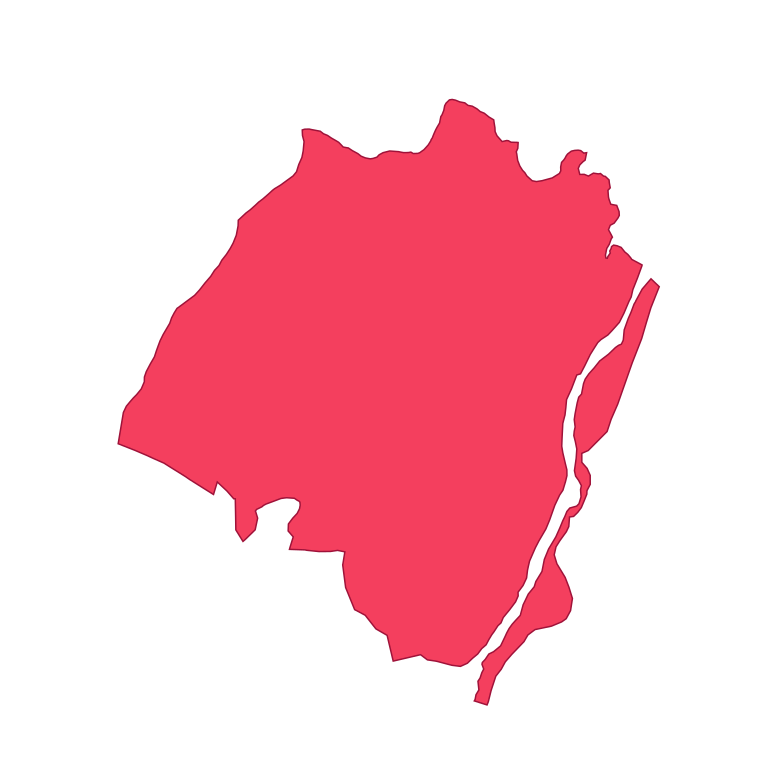 Al Fashn, Bani Suwayf, Egypt, rotated 12°
{"feature_id": "37247803B34846492708063", "entity_name": "Al Fashn", "entity_type": "district", "adm_level": 2, "iso_a3": "EGY", "parent_name": "Egypt", "parent_adm1": "Bani Suwayf", "projection": "natural_earth1", "projection_center": [30.866, 28.805], "detail": "fine", "context": "isolated", "style": "filled", "palette": "rose", "viewbox_px": 768, "rotation_deg": 12, "n_neighbors": 0, "source": "geoboundaries", "source_scale": "gbopen_adm2", "svg_char_len": 5751}
<svg xmlns="http://www.w3.org/2000/svg" viewBox="0 0 768 768"><g transform="rotate(12 384 384)"><path d="M465.0,119.9L463.8,120.0L462.3,120.3L457.9,121.1L455.2,120.2L453.5,120.3L449.1,122.3L442.9,117.7L440.2,114.0L439.2,110.2L437.4,105.6L436.4,102.8L431.1,101.0L425.8,98.3L421.4,97.5L417.9,95.6L412.6,93.9L408.2,94.0L404.6,92.2L399.4,92.3L395.0,91.5L391.5,91.5L388.9,92.5L386.3,96.4L385.5,99.2L385.6,103.9L384.8,108.6L384.0,110.6L384.1,117.1L383.4,119.2L382.5,121.9L381.7,124.7L380.9,128.5L380.5,130.6L380.1,133.3L379.3,135.2L379.3,136.1L377.6,140.9L376.0,143.7L374.3,146.6L372.5,148.5L370.8,150.4L369.1,151.4L364.7,152.5L362.1,151.6L359.5,152.6L355.1,153.6L352.5,153.7L349.9,153.7L341.1,154.9L335.0,157.9L332.3,160.2L331.6,160.8L329.9,163.6L326.4,165.6L323.8,166.6L320.3,166.7L318.6,166.7L314.2,165.9L310.6,164.1L304.5,162.3L300.0,160.5L299.0,160.6L294.8,160.7L292.1,158.8L289.4,157.0L286.8,156.1L281.5,154.4L277.1,152.6L272.7,151.8L269.1,150.0L264.7,150.1L260.3,150.2L257.7,150.2L253.3,151.3L251.2,152.5L252.6,157.9L255.4,163.5L256.5,172.9L256.6,179.5L255.0,187.0L254.3,194.6L251.8,199.4L247.5,204.2L241.5,210.9L236.4,215.7L234.7,217.7L231.3,222.5L227.0,228.2L223.6,232.1L221.0,235.9L216.8,241.6L213.4,245.5L207.4,254.1L208.4,259.7L208.6,269.2L207.1,277.7L205.4,283.4L202.9,290.0L199.6,296.7L198.0,302.4L194.6,308.1L192.1,314.8L187.9,322.4L184.0,330.4L180.3,336.7L173.5,344.4L170.1,348.3L165.8,353.1L164.1,357.8L162.5,363.5L161.8,369.2L157.7,381.5L156.0,388.2L155.3,392.9L154.5,398.6L153.8,405.2L151.3,412.8L148.9,421.3L148.2,427.0L149.1,431.7L147.6,439.3L144.2,445.9L141.7,449.8L139.1,454.5L136.6,459.3L135.0,466.0L136.4,497.7L154.3,500.7L166.5,503.1L174.1,504.8L185.5,507.2L187.2,507.9L209.2,515.9L213.7,517.8L228.1,523.1L239.3,527.2L240.2,527.5L241.3,514.5L252.6,521.3L260.9,527.5L262.4,527.2L266.5,544.8L269.4,557.5L277.9,566.4L278.8,567.3L280.5,565.1L288.3,553.4L288.3,541.5L285.1,535.7L284.6,535.0L285.5,533.1L290.1,529.5L291.4,527.8L293.5,526.0L300.3,521.7L307.0,517.4L310.3,516.2L312.4,515.5L320.1,514.4L323.6,515.9L324.7,516.0L326.3,517.0L327.2,519.9L327.3,523.6L326.0,528.6L322.6,534.3L320.1,539.7L319.6,540.8L320.8,547.7L325.8,551.5L327.0,552.4L326.0,563.5L325.9,565.4L327.0,565.2L341.1,562.7L343.1,562.7L355.3,561.4L366.5,558.9L368.9,558.0L373.2,556.4L374.2,556.4L380.6,556.3L381.2,568.3L381.2,569.5L388.8,591.1L389.5,592.1L402.2,610.8L413.7,614.1L427.0,625.2L438.4,628.9L439.3,629.2L450.6,653.1L451.3,652.8L474.9,641.7L476.1,641.2L483.8,644.8L492.0,644.3L494.1,644.3L504.0,644.8L508.7,645.0L509.2,645.0L517.5,644.3L523.6,639.8L527.7,633.8L531.8,628.6L534.6,622.5L538.1,617.9L539.7,612.2L541.6,606.7L543.0,603.7L545.7,596.7L548.1,593.4L549.2,587.6L553.9,578.5L558.0,569.7L559.3,563.4L558.4,559.8L561.9,552.2L563.8,544.1L563.1,536.3L563.1,532.2L563.2,526.9L566.1,512.7L568.2,505.1L570.1,499.4L572.5,492.1L574.3,482.4L576.3,467.1L578.9,456.1L581.1,450.7L581.7,443.2L581.8,442.5L582.0,435.6L580.7,429.9L577.8,423.9L573.2,414.1L570.8,407.9L569.3,399.2L567.1,385.4L567.4,377.9L567.5,376.9L566.8,369.4L565.8,361.3L567.9,352.0L568.4,349.8L568.6,348.5L570.7,335.1L574.1,333.2L576.5,324.7L579.6,312.3L582.1,305.4L584.5,299.0L587.0,295.4L592.8,289.5L596.2,283.9L601.4,274.8L604.0,264.8L606.4,252.4L607.7,247.5L607.8,240.0L609.9,227.6L611.7,215.0L611.7,213.9L600.4,210.6L599.2,209.4L598.2,208.6L595.6,206.6L593.9,205.7L592.1,204.8L587.6,201.1L583.2,200.3L579.7,200.4L578.0,202.3L578.0,204.2L577.2,207.0L578.1,208.9L577.3,210.8L576.5,212.7L576.3,214.6L574.8,214.6L573.8,211.8L573.7,205.2L575.3,200.5L576.1,194.8L576.9,192.9L575.4,191.0L571.5,186.4L572.3,181.7L575.7,178.8L578.3,173.1L579.1,170.2L578.1,166.5L574.5,160.9L571.0,161.0L568.4,161.0L565.6,156.4L564.7,154.5L562.8,148.0L564.5,145.1L562.6,140.4L561.7,137.6L557.3,134.9L555.5,135.0L552.0,133.1L550.0,133.9L545.0,134.2L540.7,138.1L536.3,137.3L531.9,138.3L531.0,136.4L529.2,132.7L530.0,128.9L532.5,125.1L534.2,123.2L534.1,115.6L531.4,116.6L527.9,114.8L525.3,114.9L521.8,115.9L518.8,117.3L515.8,120.8L514.9,122.7L514.1,125.5L513.3,127.4L511.6,130.3L511.7,135.0L512.6,138.7L511.8,141.6L506.7,146.5L505.8,147.4L496.3,152.3L491.0,154.3L486.7,154.4L480.5,150.8L477.8,148.0L475.1,146.2L471.5,142.5L469.7,139.7L468.3,137.6L466.0,131.3L465.1,129.4L465.9,125.7L465.0,119.9ZM633.0,231.6L623.3,225.6L621.3,229.2L616.8,237.5L613.0,250.5L612.9,251.3L612.0,253.8L610.7,262.5L609.3,269.2L607.7,281.1L608.7,289.4L608.9,291.3L608.7,292.4L607.9,295.7L605.4,297.4L602.8,300.2L597.4,308.2L590.2,316.6L586.2,324.6L582.3,331.4L579.8,337.4L579.1,342.1L579.3,352.8L577.2,356.4L576.9,362.3L577.1,373.4L577.5,379.3L579.9,386.3L579.9,390.7L580.4,395.0L583.1,400.5L586.1,407.5L587.4,416.6L588.3,429.2L590.6,434.3L594.4,437.8L598.2,442.4L598.2,446.4L600.2,453.5L599.6,460.6L597.8,463.4L591.5,466.7L589.4,470.6L588.4,476.2L587.3,480.6L586.0,487.8L583.9,497.7L581.5,504.8L579.3,511.2L577.3,522.3L577.5,534.5L573.6,545.6L573.1,551.1L568.8,559.5L567.0,567.0L566.0,571.0L565.4,582.0L561.8,588.0L559.3,592.4L557.2,597.2L555.8,602.0L555.1,605.2L553.2,613.1L552.5,615.9L549.2,620.1L546.8,623.1L542.7,626.3L540.3,632.3L538.1,635.9L538.1,637.8L540.8,642.1L539.7,646.1L539.1,651.6L537.7,655.2L540.4,663.5L538.6,668.8L538.7,673.6L538.2,675.2L551.5,676.5L552.1,673.1L552.5,661.5L554.1,646.6L558.0,638.6L560.4,630.6L565.2,621.9L574.5,606.9L576.9,599.6L582.8,592.8L598.2,586.0L607.2,579.8L611.0,575.7L613.6,566.9L612.9,554.6L607.2,544.4L601.4,535.5L590.5,523.9L586.0,515.7L586.1,507.5L588.6,500.7L593.1,490.5L594.4,485.0L593.1,475.5L597.0,474.1L600.2,469.3L602.7,463.9L604.0,457.1L605.3,449.6L604.7,446.2L606.6,439.3L604.7,430.5L600.2,424.3L593.8,419.5L591.9,410.7L597.6,406.6L612.1,384.1L613.5,371.3L616.8,355.1L622.4,311.7L626.6,286.1L627.9,268.9L629.2,253.9L633.0,231.6Z" fill="#f43f5e" stroke="#9f1239" stroke-width="1.5"/></g></svg>